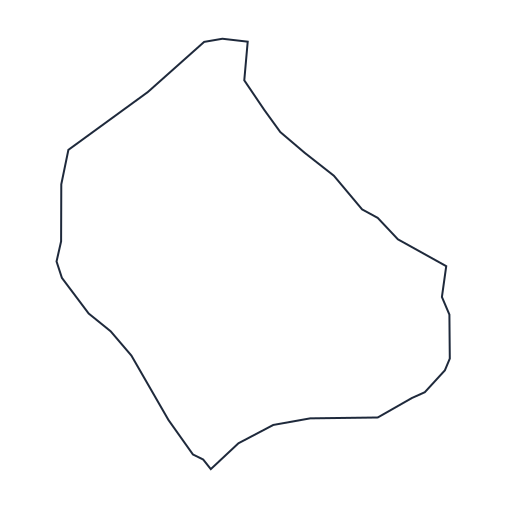 the district of Concepción, Sololá, Guatemala, rotated 3°
{"feature_id": "79465075B28359200258392", "entity_name": "Concepción", "entity_type": "district", "adm_level": 2, "iso_a3": "GTM", "parent_name": "Guatemala", "parent_adm1": "Sololá", "projection": "robinson", "projection_center": [-91.133, 14.783], "detail": "fine", "context": "isolated", "style": "outline", "palette": "slate", "viewbox_px": 512, "rotation_deg": 3, "n_neighbors": 0, "source": "geoboundaries", "source_scale": "gbopen_adm2", "svg_char_len": 584}
<svg xmlns="http://www.w3.org/2000/svg" viewBox="0 0 512 512"><g transform="rotate(3 256 256)"><path d="M236.5,42.4L211.1,40.8L193.0,44.9L139.4,97.9L63.1,159.8L57.8,194.6L60.6,251.6L57.1,271.9L63.3,288.0L91.9,322.2L114.8,338.8L136.8,362.0L177.2,424.4L203.4,457.5L213.9,462.0L222.0,471.2L248.3,443.9L282.1,423.8L318.6,415.3L386.0,410.9L419.2,389.6L431.7,383.2L450.6,360.3L454.9,348.3L452.2,304.4L443.8,287.2L446.5,256.2L396.8,231.9L375.6,211.6L359.5,203.9L329.6,171.8L299.2,150.4L273.8,131.0L256.7,109.8L235.1,81.2L236.5,42.4Z" fill="none" stroke="#1e293b" stroke-width="2"/></g></svg>